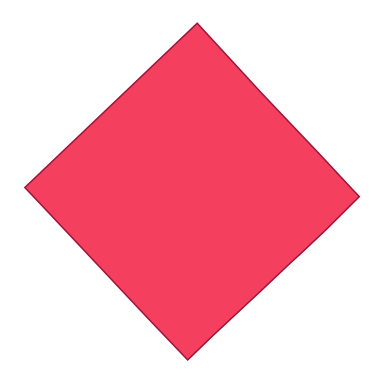 the district of Hamilton, Indiana, United States of America, rotated 317°
{"feature_id": "52423323B17191131032036", "entity_name": "Hamilton", "entity_type": "district", "adm_level": 2, "iso_a3": "USA", "parent_name": "United States of America", "parent_adm1": "Indiana", "projection": "albers", "projection_center": [-86.076, 40.073], "detail": "fine", "context": "isolated", "style": "filled", "palette": "rose", "viewbox_px": 384, "rotation_deg": 317, "n_neighbors": 0, "source": "geoboundaries", "source_scale": "gbopen_adm2", "svg_char_len": 399}
<svg xmlns="http://www.w3.org/2000/svg" viewBox="0 0 384 384"><g transform="rotate(317 192 192)"><path d="M72.8,74.7L73.0,103.4L73.3,169.6L73.4,193.4L73.6,252.4L74.3,311.9L97.4,311.5L109.3,311.3L121.2,311.3L177.0,311.3L216.9,311.0L227.9,311.2L264.0,311.0L311.2,309.5L311.1,297.5L311.1,249.4L310.3,166.3L310.9,72.1L264.9,72.6L72.8,74.7Z" fill="#f43f5e" stroke="#9f1239" stroke-width="1.5"/></g></svg>